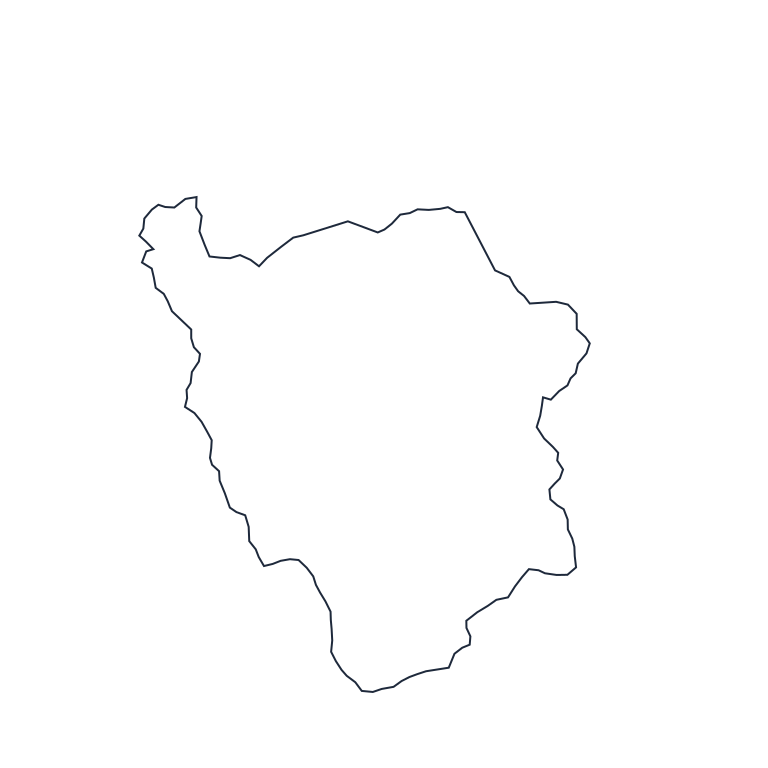 the district of Santo Antônio de Jesus, Bahia, Brazil, rotated 237°
{"feature_id": "56859067B58021421413718", "entity_name": "Santo Antônio de Jesus", "entity_type": "district", "adm_level": 2, "iso_a3": "BRA", "parent_name": "Brazil", "parent_adm1": "Bahia", "projection": "mercator", "projection_center": [-39.224, -13.018], "detail": "fine", "context": "isolated", "style": "outline", "palette": "slate", "viewbox_px": 768, "rotation_deg": 237, "n_neighbors": 0, "source": "geoboundaries", "source_scale": "gbopen_adm2", "svg_char_len": 2098}
<svg xmlns="http://www.w3.org/2000/svg" viewBox="0 0 768 768"><g transform="rotate(237 384 384)"><path d="M540.1,442.3L552.7,397.2L556.2,387.6L555.1,372.6L553.5,354.7L550.8,343.3L560.8,339.7L570.6,333.4L573.3,323.5L579.1,315.5L586.0,307.1L598.5,309.4L612.6,312.4L618.8,317.9L624.2,322.6L634.3,322.6L642.9,328.6L647.4,318.2L646.2,304.3L651.6,296.9L657.2,292.4L656.7,284.3L653.3,273.1L645.4,266.8L641.7,259.6L633.1,261.9L622.7,264.0L624.7,256.8L617.7,247.2L607.3,252.1L598.5,248.9L589.0,244.9L579.5,248.4L571.2,247.7L560.5,245.8L534.7,252.0L527.3,247.2L518.4,244.6L509.5,246.1L503.7,241.0L498.7,229.4L490.1,222.3L486.6,215.2L479.4,211.2L473.2,204.6L462.9,209.2L451.6,210.4L440.4,209.7L430.7,208.9L424.2,204.1L416.8,197.8L409.9,195.8L400.7,198.2L392.4,193.5L379.0,191.0L364.3,187.4L356.9,190.5L349.5,196.1L337.9,192.7L325.6,185.4L315.2,186.4L307.1,184.7L296.7,184.2L293.7,192.7L292.0,201.0L288.3,209.7L282.9,216.5L272.0,219.1L261.2,219.9L252.6,217.5L243.9,216.8L233.6,216.5L222.2,215.2L215.1,210.9L207.0,206.6L197.1,200.9L188.2,193.8L177.8,192.7L167.3,192.7L159.6,193.8L149.5,197.5L138.7,198.2L131.8,206.9L129.5,216.0L124.8,227.1L125.3,237.0L124.4,245.7L122.6,253.7L120.2,262.8L110.8,283.8L119.4,296.2L120.2,306.0L118.7,313.9L125.3,319.0L134.5,320.3L140.6,324.1L141.8,338.0L141.4,350.1L141.8,360.7L137.5,371.8L142.9,383.6L146.8,394.4L149.8,404.7L143.6,412.2L137.6,415.9L129.8,424.8L124.1,433.9L125.6,445.2L135.7,450.2L143.8,455.0L151.8,457.7L161.9,459.0L170.3,464.2L181.1,466.5L187.7,463.3L196.6,460.7L205.5,465.3L207.5,472.9L209.0,480.0L214.8,487.6L225.5,487.6L231.4,492.6L239.2,491.4L251.1,488.6L264.7,488.6L272.3,497.7L279.7,504.5L286.2,510.1L280.0,515.4L282.7,527.1L282.9,537.1L287.1,543.5L288.6,550.6L295.5,557.7L299.4,570.5L306.0,578.7L313.7,578.4L324.9,575.5L331.8,579.9L337.9,583.8L350.4,581.5L359.2,573.1L366.7,559.7L372.1,550.1L381.6,549.4L388.7,547.0L396.0,546.7L405.5,547.5L418.8,539.0L484.1,545.3L488.8,538.4L497.5,533.9L500.3,526.5L505.6,516.4L512.2,507.3L513.3,498.7L517.2,489.9L514.2,478.0L513.3,468.5L514.5,461.3L540.1,442.3Z" fill="none" stroke="#1e293b" stroke-width="2"/></g></svg>